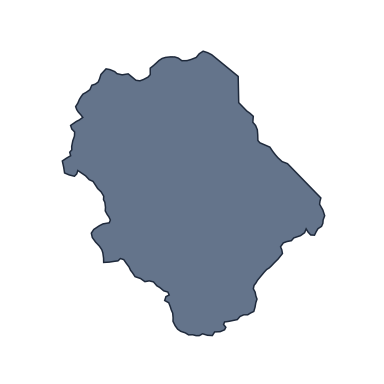 outline of Cajazeiras do Piauí, Piauí, Brazil, rotated 285°
{"feature_id": "56859067B2210430930497", "entity_name": "Cajazeiras do Piauí", "entity_type": "district", "adm_level": 2, "iso_a3": "BRA", "parent_name": "Brazil", "parent_adm1": "Piauí", "projection": "robinson", "projection_center": [-42.476, -6.786], "detail": "fine", "context": "isolated", "style": "filled", "palette": "slate", "viewbox_px": 384, "rotation_deg": 285, "n_neighbors": 0, "source": "geoboundaries", "source_scale": "gbopen_adm2", "svg_char_len": 2493}
<svg xmlns="http://www.w3.org/2000/svg" viewBox="0 0 384 384"><g transform="rotate(285 192 192)"><path d="M54.5,217.2L54.2,222.0L53.1,225.7L54.3,229.6L54.3,233.2L55.2,236.3L57.8,238.9L57.6,244.0L58.6,248.8L62.7,250.1L64.4,255.4L67.3,259.1L70.1,259.7L72.2,256.8L74.9,257.1L76.6,261.1L80.5,268.8L84.2,270.6L86.8,273.8L87.8,277.6L90.2,279.8L92.6,282.6L97.0,282.7L101.5,282.3L105.4,282.5L108.1,280.6L111.6,278.9L114.4,276.3L117.9,276.1L120.7,277.3L123.7,278.1L128.3,280.2L133.3,282.5L136.5,284.2L138.6,286.2L141.0,287.7L144.9,289.8L149.5,292.5L152.1,293.6L156.0,295.3L159.4,293.7L162.0,291.7L166.5,293.4L168.7,296.5L170.7,300.6L174.0,302.2L177.9,308.1L181.8,311.3L185.9,311.8L183.3,314.5L181.2,317.8L182.0,321.5L185.7,322.2L189.2,323.2L192.3,326.0L195.6,326.5L199.0,325.9L203.4,326.3L208.4,323.1L213.2,318.4L216.2,318.0L219.6,318.0L244.1,276.9L244.7,271.1L247.4,266.0L249.5,262.9L252.1,259.5L255.5,255.6L256.3,250.3L257.1,244.8L258.8,242.3L264.2,240.7L269.0,239.0L272.7,236.2L275.1,232.7L281.0,231.6L283.0,227.7L284.4,224.0L290.4,214.0L315.6,206.7L329.7,175.5L330.6,171.2L330.9,166.3L327.4,163.2L323.1,161.3L319.7,156.7L317.6,153.2L316.2,148.2L317.8,144.1L318.0,140.4L316.9,136.1L315.2,131.7L313.3,128.6L310.5,126.1L306.8,123.8L303.5,121.6L300.8,119.6L297.8,120.4L294.6,121.3L291.6,119.8L288.1,116.0L285.9,112.9L285.4,108.9L287.1,105.3L289.6,99.8L287.1,94.2L286.9,88.9L288.3,86.2L289.0,81.1L288.7,77.1L282.0,73.6L277.2,73.4L273.9,72.9L271.2,70.7L269.2,67.6L264.4,66.9L260.9,64.0L258.3,61.3L255.1,60.1L252.4,59.3L248.2,58.7L244.4,57.5L241.8,59.3L239.8,61.5L237.8,64.6L235.8,67.2L232.4,64.5L230.3,62.1L224.9,57.5L221.7,59.6L219.6,63.1L215.5,64.0L210.6,63.6L204.8,64.0L201.6,65.0L198.8,63.6L195.6,65.4L192.1,61.9L188.4,58.7L182.6,61.7L177.4,64.0L176.7,69.0L176.8,74.4L179.7,76.0L183.2,76.1L180.1,85.0L177.3,89.5L176.6,93.7L174.0,96.6L170.9,100.0L168.6,104.2L165.1,107.8L161.7,108.5L159.5,110.5L154.8,112.4L151.3,113.1L148.4,115.8L146.4,118.2L143.8,120.4L140.8,120.0L138.2,114.3L135.4,111.2L130.4,106.8L126.2,105.4L122.2,107.5L118.7,111.8L115.8,116.5L112.9,119.8L110.2,121.6L105.2,123.7L101.1,124.9L102.9,130.3L105.1,135.3L106.3,138.3L109.2,140.1L109.0,143.6L106.1,147.0L103.3,150.6L100.4,153.0L98.6,155.4L95.5,158.9L95.1,164.7L93.2,169.7L95.1,173.7L95.2,178.1L92.3,182.3L91.4,185.6L89.2,190.3L89.1,194.6L86.6,196.6L84.2,193.9L80.1,193.7L79.0,198.2L75.6,200.7L72.9,202.4L70.0,204.7L65.6,206.3L62.2,207.1L58.5,210.3L55.8,213.6L54.5,217.2Z" fill="#64748b" stroke="#1e293b" stroke-width="1.5"/></g></svg>